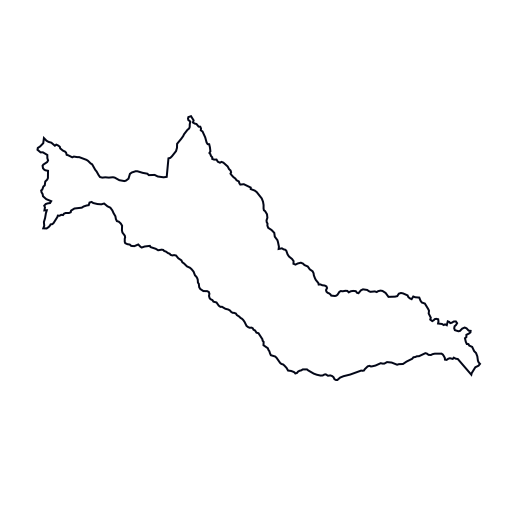 Abreulândia, Tocantins, Brazil (Mercator projection), rotated 352°
{"feature_id": "56859067B26958267589192", "entity_name": "Abreulândia", "entity_type": "district", "adm_level": 2, "iso_a3": "BRA", "parent_name": "Brazil", "parent_adm1": "Tocantins", "projection": "mercator", "projection_center": [-49.306, -9.465], "detail": "fine", "context": "isolated", "style": "outline", "palette": "ink", "viewbox_px": 512, "rotation_deg": 352, "n_neighbors": 0, "source": "geoboundaries", "source_scale": "gbopen_adm2", "svg_char_len": 6086}
<svg xmlns="http://www.w3.org/2000/svg" viewBox="0 0 512 512"><g transform="rotate(352 256 256)"><path d="M452.7,403.5L453.3,402.0L457.7,396.7L461.1,395.6L462.8,394.0L461.7,392.4L461.2,390.6L461.2,386.2L460.4,382.7L458.8,380.6L457.4,376.1L454.7,374.4L454.1,372.8L452.5,372.5L451.8,370.1L451.5,366.5L453.0,365.6L453.4,363.3L455.9,362.5L457.7,361.5L458.1,360.0L456.2,359.5L454.4,356.9L452.7,355.9L450.1,356.6L447.5,358.6L446.0,358.7L442.6,357.1L442.2,355.1L442.9,353.2L444.5,352.1L445.8,350.5L444.8,348.6L442.7,348.4L440.7,349.3L439.1,349.5L438.1,348.1L436.8,347.4L435.3,351.1L433.7,350.0L432.3,350.5L430.7,349.2L426.9,348.2L427.6,346.1L427.6,344.0L425.7,343.3L424.2,343.4L423.1,344.3L421.5,345.0L419.7,343.2L420.5,341.4L419.0,337.0L419.7,334.3L419.1,332.4L416.6,326.6L413.7,325.1L412.7,323.2L411.9,319.9L407.9,319.0L406.1,318.0L404.1,320.4L402.4,319.3L401.1,317.8L400.6,316.1L396.4,313.5L394.4,312.8L392.2,313.2L390.3,315.4L388.0,315.6L381.5,314.9L379.2,310.6L376.4,308.2L374.5,307.6L372.1,307.8L370.5,308.5L368.7,307.6L364.3,307.4L362.8,306.5L361.4,305.1L357.3,303.9L355.1,304.6L352.3,307.1L350.9,306.5L349.9,304.7L347.4,304.1L345.0,304.1L342.8,304.9L341.6,303.3L339.6,302.9L336.9,303.0L335.1,302.5L333.6,303.1L331.3,305.7L330.1,306.4L328.6,306.6L325.0,305.7L324.3,304.3L323.2,303.2L321.8,302.4L320.8,301.1L320.6,299.5L321.9,297.6L321.5,295.9L319.9,294.8L317.6,294.2L315.8,293.1L314.1,293.0L314.0,291.5L311.9,288.0L311.3,286.3L310.6,283.2L310.6,281.1L309.9,279.0L307.4,276.7L305.8,273.6L302.7,271.7L301.5,270.1L299.5,268.9L296.3,269.2L293.9,270.0L292.0,268.9L292.5,266.3L291.3,264.0L288.6,261.1L287.5,258.8L286.7,254.9L285.7,253.8L284.3,253.3L282.7,252.0L279.4,252.2L280.0,250.0L279.7,245.3L279.4,243.3L277.3,239.5L277.3,235.6L275.0,232.4L272.0,229.8L271.5,227.5L271.9,225.5L271.3,223.9L271.4,222.1L272.6,219.7L272.7,216.2L271.3,212.9L270.2,211.8L270.1,210.0L270.6,206.6L270.5,203.2L269.7,199.8L265.6,192.8L263.8,191.0L260.1,189.0L260.3,187.5L253.9,183.2L250.4,183.1L249.7,181.8L249.4,179.8L247.3,178.3L246.3,176.4L244.6,174.7L243.1,172.5L242.2,170.9L243.0,169.6L242.7,167.8L241.4,166.2L240.4,163.4L236.7,159.0L234.9,158.0L233.3,158.6L231.3,157.3L230.3,155.0L227.9,154.7L226.2,153.8L226.4,152.2L225.3,150.6L225.0,148.8L224.2,147.5L225.4,146.0L225.5,142.0L225.2,138.8L223.7,138.5L222.9,136.8L222.2,131.4L220.4,125.3L218.8,123.8L219.3,122.1L218.8,120.2L217.2,119.9L215.4,117.0L213.7,116.3L212.1,115.0L213.1,113.0L211.1,108.5L208.4,109.0L207.8,110.4L207.9,111.9L209.6,113.7L208.7,116.5L208.3,119.0L207.5,120.4L205.6,121.6L201.7,125.4L200.6,127.1L198.2,129.6L193.5,133.9L192.8,137.9L191.4,141.0L186.7,145.5L184.8,146.9L182.9,147.1L178.6,165.2L175.4,165.2L169.8,163.6L166.9,161.6L161.1,161.0L159.9,159.4L155.4,157.9L150.4,155.6L148.7,155.3L144.7,156.0L142.6,157.1L140.5,161.7L137.6,163.3L136.1,163.5L131.2,161.9L127.0,158.7L125.3,158.1L121.1,157.9L117.8,157.1L114.7,157.0L112.5,156.1L111.4,154.0L109.9,150.1L108.8,148.3L106.5,142.4L105.2,141.4L102.9,138.4L101.5,137.2L94.7,133.5L92.7,133.2L89.5,132.2L87.8,132.7L84.0,130.1L82.6,129.5L82.3,127.2L81.4,126.0L79.5,124.8L77.1,122.2L76.9,120.5L75.4,119.0L73.7,117.9L72.2,118.8L69.1,115.3L66.4,114.1L64.6,112.7L62.4,109.7L61.0,114.7L57.4,117.5L55.0,118.6L54.4,120.4L57.1,123.4L59.4,123.7L63.4,126.9L63.0,130.1L63.4,132.4L62.3,133.9L58.1,135.9L57.2,136.9L57.3,139.5L58.2,140.9L59.3,141.8L61.9,142.7L60.8,149.8L59.9,151.3L57.7,152.9L56.6,156.7L55.1,157.6L53.6,160.5L52.4,161.2L52.5,163.1L53.3,164.9L53.4,167.2L56.2,170.5L60.8,173.2L59.4,174.9L56.9,174.9L55.0,175.3L53.3,176.7L53.8,178.5L52.8,181.4L55.2,181.6L53.9,184.4L52.4,189.1L50.7,192.8L50.5,196.6L49.2,199.0L52.5,199.6L54.8,198.4L56.1,197.3L57.0,196.1L58.7,196.1L60.0,195.3L64.7,189.8L65.4,188.4L67.0,188.8L68.9,188.1L70.6,188.6L71.7,187.4L73.5,186.9L76.7,187.4L78.6,186.9L79.2,185.3L82.8,183.7L90.2,183.9L92.1,183.0L95.4,182.4L97.4,182.4L98.6,179.9L100.7,179.6L102.2,180.9L106.3,182.5L110.0,183.3L112.9,182.9L115.8,186.1L118.5,187.9L120.1,190.9L120.9,193.7L122.3,197.1L122.4,199.9L123.1,202.1L124.9,202.9L126.6,205.0L127.6,207.3L126.8,212.0L127.0,214.2L128.9,217.6L129.0,219.3L128.4,220.7L128.0,223.7L128.3,225.1L130.3,226.4L132.6,227.1L133.8,228.6L135.3,229.0L137.0,229.3L141.0,228.2L142.9,230.8L144.0,231.7L147.1,231.1L152.3,231.2L152.8,232.5L157.7,234.9L159.9,236.7L163.5,236.6L165.0,237.1L165.8,238.3L167.3,239.0L169.4,241.0L170.8,241.7L171.6,243.0L173.3,243.8L175.0,243.7L176.9,244.4L178.7,247.4L181.5,249.9L182.2,252.0L183.7,253.4L186.2,256.7L188.9,258.4L190.3,260.0L192.0,262.8L192.9,266.7L194.0,268.1L194.7,269.8L195.0,271.4L194.8,274.3L195.5,275.6L195.4,279.0L196.2,280.9L199.0,283.4L202.7,284.0L204.2,285.0L204.6,286.9L203.9,289.0L204.2,291.2L204.9,292.4L206.7,293.6L207.5,295.3L210.4,296.5L212.2,300.0L213.7,301.4L215.3,301.6L218.3,304.0L221.0,305.1L222.5,306.2L223.8,308.1L225.0,309.0L226.5,309.3L228.1,310.2L228.8,311.8L231.0,313.7L232.1,315.2L233.3,316.1L234.4,317.5L235.5,319.7L236.9,323.9L238.4,325.4L239.8,326.2L241.6,326.3L242.7,327.1L243.3,328.7L244.7,329.6L245.8,332.0L247.7,332.8L250.7,339.2L250.8,340.9L251.6,342.1L251.0,345.4L254.9,349.0L255.2,350.6L256.0,352.2L256.3,354.3L256.9,356.3L261.0,358.2L262.2,359.7L265.0,365.2L266.1,366.4L267.8,367.2L268.9,368.5L270.7,371.1L271.8,373.9L274.7,374.7L276.4,375.6L277.8,376.5L278.6,377.8L280.3,377.5L281.6,376.3L283.2,375.7L284.7,375.6L286.6,374.8L290.7,375.4L291.7,376.5L296.8,380.5L299.6,382.0L303.3,383.4L305.4,383.6L307.2,382.9L308.6,382.9L310.6,384.6L313.0,384.6L314.7,385.5L315.9,386.8L316.6,389.0L317.9,389.9L319.3,390.1L322.4,388.1L326.0,387.2L332.8,386.5L344.2,384.1L345.6,384.5L347.0,384.4L348.0,383.2L351.3,380.8L353.2,380.6L354.4,381.4L355.9,381.4L359.1,381.1L364.6,379.5L366.4,380.2L368.1,380.4L371.0,379.3L375.5,380.4L380.6,383.3L382.4,383.0L386.5,383.4L390.4,381.5L396.4,379.5L397.8,378.2L399.7,378.2L401.3,377.7L403.5,377.9L410.2,375.8L411.6,376.4L413.1,377.9L415.4,378.4L417.1,377.8L419.2,377.6L426.1,378.5L427.3,379.6L428.1,381.3L428.8,383.2L428.7,384.9L430.3,385.4L432.1,384.5L433.8,384.2L436.5,385.3L437.7,384.2L439.5,385.5L441.5,386.1L452.7,403.5Z" fill="none" stroke="#020617" stroke-width="2"/></g></svg>